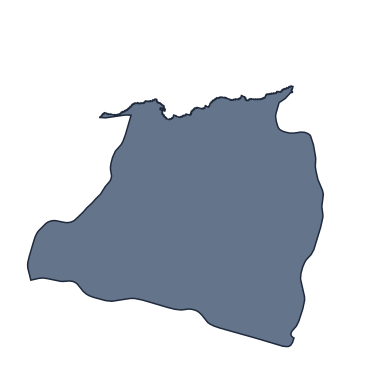 Santa Cruz de Barahona, Barahona, Dominican Republic, rotated 286°
{"feature_id": "3306468B33433581758578", "entity_name": "Santa Cruz de Barahona", "entity_type": "district", "adm_level": 2, "iso_a3": "DOM", "parent_name": "Dominican Republic", "parent_adm1": "Barahona", "projection": "robinson", "projection_center": [-71.102, 18.188], "detail": "fine", "context": "isolated", "style": "filled", "palette": "slate", "viewbox_px": 384, "rotation_deg": 286, "n_neighbors": 0, "source": "geoboundaries", "source_scale": "gbopen_adm2", "svg_char_len": 6064}
<svg xmlns="http://www.w3.org/2000/svg" viewBox="0 0 384 384"><g transform="rotate(286 192 192)"><path d="M79.7,330.3L80.2,328.6L81.2,327.1L82.0,326.5L84.0,326.1L85.9,326.5L91.9,329.3L97.4,330.3L110.4,330.7L118.9,330.1L122.6,328.9L138.3,320.3L143.6,319.2L150.5,319.1L156.0,319.8L158.5,320.6L164.8,323.8L170.2,325.0L193.5,325.4L203.5,324.8L206.2,324.1L213.8,320.8L226.0,318.9L229.5,317.0L238.8,309.5L247.3,304.9L250.6,303.5L257.9,301.8L260.2,300.9L270.9,295.7L278.3,290.7L279.1,289.9L280.1,287.6L280.4,283.9L279.6,280.1L276.6,273.5L275.5,269.2L275.3,264.8L275.5,261.9L276.2,259.3L276.9,258.1L278.5,256.5L283.2,253.5L287.7,251.5L290.4,251.1L301.9,251.1L307.6,255.9L314.5,259.3L315.7,261.6L315.7,260.6L316.2,260.6L316.2,260.0L316.7,260.0L316.7,259.5L318.2,259.5L318.2,260.0L321.2,260.0L321.2,258.3L320.7,258.3L320.7,257.2L319.7,257.2L319.7,256.0L318.7,256.0L318.7,255.5L318.2,255.5L318.2,254.3L317.2,254.3L317.2,253.2L316.7,253.2L316.7,252.6L316.2,252.6L316.2,251.5L315.3,251.5L315.3,250.9L314.8,250.9L314.8,250.4L313.3,250.4L313.3,249.8L312.8,249.8L312.8,249.2L312.3,249.2L312.3,247.0L311.8,247.0L311.8,245.8L310.3,245.8L310.3,245.2L309.8,245.2L309.8,243.5L309.3,243.5L309.3,243.0L308.8,243.0L308.8,241.3L308.3,241.3L308.3,240.7L307.8,240.7L307.8,239.6L307.3,239.6L307.3,238.4L306.8,238.4L306.8,237.3L306.4,237.3L306.4,236.7L305.4,236.7L305.4,236.2L302.9,236.2L302.9,235.6L302.4,235.6L302.4,235.0L301.9,235.0L301.9,234.5L301.4,234.5L301.4,233.9L300.9,233.9L300.9,233.3L300.4,233.3L300.4,232.2L299.9,232.2L299.9,231.0L299.4,231.0L299.4,229.3L298.9,229.3L298.9,227.6L298.4,227.6L298.4,225.9L298.0,225.9L298.0,223.1L297.4,223.1L297.4,222.0L297.0,222.0L297.0,221.4L296.0,221.3L296.0,220.8L295.5,220.8L295.5,219.7L295.0,219.7L295.0,219.1L295.5,219.1L295.5,218.0L296.5,218.0L296.5,217.4L297.4,217.4L297.4,216.3L298.0,216.3L298.0,213.4L298.4,213.4L298.4,212.9L295.5,212.9L295.5,212.3L295.0,212.3L295.0,211.7L294.5,211.7L294.5,211.2L294.0,211.2L294.0,210.6L293.5,210.6L293.5,208.3L293.0,208.3L293.0,207.8L292.5,207.8L292.5,206.6L292.0,206.6L292.0,206.0L291.5,206.0L291.5,204.3L291.0,204.3L291.0,203.2L291.5,203.2L291.5,199.2L292.0,199.2L292.0,197.5L291.5,197.5L291.5,194.7L291.0,194.7L291.0,193.0L290.5,193.0L290.5,192.4L290.0,192.4L290.0,191.8L289.5,191.8L289.5,190.1L289.0,190.1L289.0,189.6L288.1,189.6L288.1,189.0L287.6,189.0L287.6,188.4L286.6,188.4L286.6,187.9L286.1,187.9L286.1,187.3L285.6,187.3L285.6,186.7L284.6,186.7L284.6,186.2L283.6,186.2L283.6,185.6L282.1,185.6L282.1,185.0L279.2,185.0L279.2,184.5L278.2,184.5L278.2,181.6L278.7,181.6L278.7,181.0L276.2,181.0L276.2,180.5L275.7,180.5L275.7,179.9L275.2,179.9L275.2,178.8L274.7,178.8L274.7,173.7L274.2,173.7L274.2,173.1L273.7,173.1L273.7,172.0L273.2,172.0L273.2,171.4L272.2,171.4L272.2,170.8L271.3,170.8L271.3,170.3L270.3,170.3L270.3,169.7L269.3,169.7L269.3,169.1L267.8,169.1L267.8,169.7L266.3,169.7L266.3,169.1L265.8,169.1L265.8,168.6L265.3,168.6L265.3,165.1L264.8,165.1L264.8,164.6L263.8,164.6L263.8,164.0L263.3,164.0L263.3,162.9L262.9,162.9L262.9,162.3L262.3,162.3L262.3,161.7L261.4,161.7L261.4,160.6L260.9,160.6L260.9,160.0L260.4,160.0L260.4,155.5L260.9,155.5L260.9,153.2L257.9,153.2L257.9,152.6L257.4,152.6L257.4,152.1L256.4,152.1L256.4,150.9L255.9,150.9L255.9,150.4L255.4,150.4L255.4,147.0L255.9,147.0L255.9,146.4L256.4,146.4L256.4,145.3L256.9,145.3L256.9,144.1L257.9,144.1L257.9,143.5L258.4,143.5L258.4,142.4L258.9,142.4L258.9,141.8L259.9,141.8L259.9,141.3L261.9,141.3L261.9,140.7L262.3,140.7L262.3,139.0L262.9,139.0L262.9,138.4L263.8,138.4L263.8,139.0L264.3,139.0L264.3,140.7L263.3,140.7L263.3,141.3L262.3,141.3L262.3,143.5L263.8,143.5L263.8,143.0L264.3,143.0L264.3,142.4L264.8,142.4L264.8,141.8L265.8,141.8L265.8,141.3L266.8,141.3L266.8,140.7L267.3,140.7L267.3,139.0L267.8,139.0L267.8,137.9L268.3,137.9L268.3,136.7L268.8,136.7L268.8,135.6L268.3,135.6L268.3,134.5L268.8,134.5L268.8,133.9L269.3,133.9L269.3,133.3L269.8,133.3L269.8,132.8L270.8,132.8L270.8,132.2L271.3,132.2L271.3,131.6L270.8,131.6L270.8,130.5L269.8,130.5L269.8,129.3L269.3,129.3L269.3,128.8L268.3,128.8L268.3,127.1L267.8,127.1L267.8,126.5L267.3,126.5L267.3,124.8L266.8,124.8L266.8,122.5L266.3,122.5L266.3,122.0L265.3,122.0L265.3,121.4L264.3,121.4L264.3,120.8L263.8,120.8L263.8,119.1L263.3,119.1L263.3,118.0L262.8,118.0L262.8,116.8L262.3,116.8L262.3,115.7L262.8,115.7L262.8,115.1L262.3,115.1L262.3,114.6L261.9,114.6L261.9,112.9L261.4,112.9L261.4,112.3L260.9,112.3L260.9,111.7L260.4,111.7L260.4,111.2L259.9,111.2L259.9,110.6L258.9,110.6L258.9,110.0L257.4,110.0L257.4,109.5L256.9,109.5L256.9,108.9L255.4,108.9L255.4,108.3L254.9,108.3L254.9,107.8L253.9,107.8L253.9,107.2L253.0,107.2L253.0,106.6L252.5,106.6L252.5,106.1L252.0,106.1L252.0,105.5L251.5,105.5L251.5,104.9L250.5,104.9L250.5,103.8L250.0,103.8L250.0,103.2L249.5,103.2L249.5,102.6L249.0,102.6L249.0,102.1L248.0,102.1L248.0,101.5L247.0,101.5L247.0,100.9L246.5,100.9L246.5,99.8L246.0,99.8L246.0,99.2L245.5,99.2L245.5,98.1L245.1,98.1L245.1,96.4L244.5,96.4L244.5,92.4L244.1,92.4L244.1,90.2L243.6,90.2L243.6,88.5L244.1,88.5L244.1,86.2L243.6,86.2L243.6,85.6L242.6,85.6L242.6,85.0L242.1,85.0L242.1,84.5L240.6,84.5L240.6,83.9L239.1,83.9L239.1,83.3L238.6,83.3L238.6,82.8L238.2,82.8L239.5,88.6L247.3,105.9L248.1,108.3L249.0,112.3L228.8,112.2L221.7,111.7L217.7,110.7L210.2,107.1L203.4,106.1L197.9,106.2L193.8,106.7L191.3,107.4L185.2,110.3L181.6,110.5L179.4,109.9L173.2,107.1L164.8,104.7L158.6,101.2L154.1,99.1L148.0,95.4L142.4,92.8L132.1,86.7L129.7,84.0L128.1,80.5L127.6,77.6L126.9,68.8L126.1,66.0L124.9,63.8L123.4,61.8L121.6,60.3L112.2,55.1L109.8,54.3L105.8,53.6L100.2,53.4L84.7,53.3L79.0,53.6L76.2,54.2L73.7,55.1L62.8,61.4L66.9,68.8L68.3,72.6L68.9,76.9L69.9,90.3L70.6,93.1L72.7,98.6L73.2,102.3L72.8,104.9L71.8,107.3L66.4,114.9L64.7,118.7L64.0,121.7L63.6,126.4L63.8,139.1L64.9,145.1L72.8,162.3L73.9,166.4L74.5,174.3L74.3,200.3L74.6,208.3L75.7,214.4L78.6,221.1L79.1,223.7L79.3,226.4L79.1,229.1L78.4,231.7L76.5,235.3L71.0,243.0L70.0,245.7L69.2,250.2L68.9,256.5L69.1,291.8L68.8,321.9L69.6,326.0L70.1,327.3L71.8,329.1L75.0,330.1L79.7,330.3Z" fill="#64748b" stroke="#1e293b" stroke-width="1.5"/></g></svg>